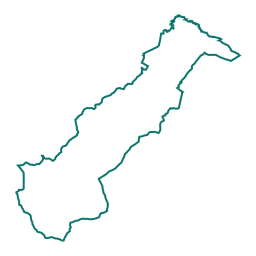 outline of Malini, Suceava, Romania
{"feature_id": "2599482B41732614853379", "entity_name": "Malini", "entity_type": "district", "adm_level": 2, "iso_a3": "ROU", "parent_name": "Romania", "parent_adm1": "Suceava", "projection": "natural_earth1", "projection_center": [26.022, 47.371], "detail": "fine", "context": "isolated", "style": "outline", "palette": "teal", "viewbox_px": 256, "rotation_deg": 0, "n_neighbors": 0, "source": "geoboundaries", "source_scale": "gbopen_adm2", "svg_char_len": 5682}
<svg xmlns="http://www.w3.org/2000/svg" viewBox="0 0 256 256"><path d="M107.2,210.8L107.0,209.2L107.6,207.5L107.8,205.8L107.8,203.4L105.6,198.3L105.0,195.1L103.5,193.0L103.1,190.2L102.6,188.6L102.4,186.0L98.7,178.9L100.2,177.9L105.6,174.6L109.6,171.1L111.8,170.4L115.1,168.6L120.0,163.7L121.4,162.6L122.4,160.2L124.6,155.6L124.6,154.5L125.1,153.8L126.6,152.6L127.9,151.0L129.7,149.3L130.3,147.7L131.5,146.4L134.5,144.7L138.6,141.7L138.9,139.3L139.0,138.6L139.3,138.1L139.2,137.8L139.3,136.8L142.7,136.2L144.2,135.5L147.0,135.0L148.1,134.2L148.4,133.4L148.9,132.8L150.1,132.1L154.2,131.8L158.6,133.0L160.0,130.9L160.1,130.5L160.4,128.3L160.1,125.6L160.4,123.3L160.8,122.6L161.6,121.8L163.9,120.6L163.6,119.3L162.4,116.6L163.6,115.9L165.3,115.4L165.3,114.4L165.7,113.8L167.2,113.5L167.6,113.0L168.5,110.4L170.0,108.8L170.2,108.3L170.4,108.2L172.1,108.6L173.3,108.2L174.0,108.2L175.7,108.7L177.6,108.6L178.8,108.1L182.2,92.8L182.1,92.5L182.8,92.0L180.6,90.6L177.3,88.0L178.7,87.3L178.9,86.7L178.4,86.1L178.6,85.1L178.8,84.9L181.3,82.7L180.3,82.2L180.6,81.5L181.7,80.8L182.3,79.6L183.4,78.9L184.2,78.1L184.9,77.0L185.4,76.6L186.3,74.8L188.1,72.3L189.3,71.3L190.1,70.1L190.9,69.8L191.5,69.3L191.9,68.6L192.0,67.8L191.8,66.8L191.9,66.3L192.6,65.1L194.7,63.5L195.8,61.7L200.8,55.5L202.6,54.8L204.0,53.5L204.5,52.7L206.5,54.1L208.6,54.9L215.9,54.9L219.9,57.1L226.1,59.4L229.0,60.1L230.8,61.0L239.7,55.5L238.8,54.8L238.2,53.8L236.6,53.4L235.0,52.2L234.0,52.0L231.4,50.8L230.7,49.8L230.7,48.9L227.9,45.3L226.3,44.8L224.7,43.8L222.6,42.9L220.1,40.7L218.9,40.5L221.1,39.1L219.4,38.3L213.3,36.7L212.8,37.2L210.9,36.4L210.2,36.6L209.0,36.4L208.4,35.9L208.3,35.4L207.0,33.7L206.7,32.7L205.5,32.8L204.1,32.2L203.2,32.2L202.0,31.1L201.9,31.3L201.2,31.5L201.1,31.1L201.5,30.9L200.9,30.3L200.8,29.5L199.8,29.0L199.7,28.4L199.4,28.2L199.7,27.8L198.4,26.6L199.0,26.2L199.1,25.5L198.7,24.7L198.3,24.4L197.2,24.1L197.2,24.4L196.9,24.5L196.0,24.2L195.7,24.4L195.4,24.1L195.7,23.9L195.7,23.4L194.8,23.0L193.7,23.0L193.7,23.3L193.3,23.3L192.8,22.8L192.9,22.6L192.5,21.5L192.2,21.4L192.3,21.2L192.0,21.0L191.7,21.1L191.5,21.4L191.1,21.3L190.8,21.6L190.5,20.9L190.1,20.7L189.1,21.6L188.2,21.5L185.9,19.9L186.5,19.3L184.8,19.3L185.2,18.9L184.7,17.8L183.9,17.0L183.1,17.3L182.6,16.9L181.6,17.0L180.5,16.3L179.7,16.3L179.8,15.7L179.3,15.4L179.0,15.7L178.1,15.4L177.3,16.0L177.6,16.6L176.3,16.9L175.8,16.8L175.2,17.3L175.1,17.8L175.3,18.1L174.8,18.9L174.3,19.3L174.1,19.9L173.4,20.1L173.0,20.6L173.2,20.8L174.1,21.5L173.9,21.7L173.4,21.3L171.8,20.8L171.3,21.2L172.4,22.1L172.4,23.3L172.1,23.4L171.6,22.9L171.1,23.6L171.2,23.8L170.5,23.9L170.4,24.4L171.8,24.1L173.1,25.2L172.0,25.9L171.9,26.4L172.6,27.2L173.5,27.5L173.4,28.5L172.0,27.8L171.4,27.8L171.1,28.4L169.5,30.7L169.1,30.8L168.5,30.6L167.9,30.8L167.5,31.3L167.6,31.7L167.0,31.9L166.5,31.6L166.3,31.3L166.3,30.4L166.0,30.1L165.3,29.9L164.6,30.1L163.7,30.7L163.4,32.3L163.1,33.0L163.4,33.5L162.2,33.7L161.3,33.5L161.0,34.1L160.5,37.6L159.6,42.3L159.0,44.4L159.0,45.0L158.9,45.5L158.4,46.1L156.9,47.2L153.5,48.7L152.9,49.2L150.5,50.2L143.6,53.6L144.1,54.2L144.1,54.7L143.8,55.0L143.9,55.4L143.5,55.6L143.9,55.8L144.0,57.5L143.3,59.7L142.8,60.5L141.8,62.7L147.9,66.1L146.0,69.7L144.8,69.5L144.3,69.6L143.9,69.5L143.4,69.3L142.3,68.1L141.7,68.0L142.2,70.7L142.1,71.4L141.7,72.1L142.3,73.0L142.2,73.3L141.0,73.9L139.6,75.4L137.4,76.8L135.8,79.1L133.2,81.5L132.5,82.4L132.5,83.5L132.3,83.8L131.6,84.1L129.6,83.8L127.8,83.8L127.1,84.7L126.1,85.2L125.1,86.5L124.6,87.3L123.8,89.1L120.9,88.6L120.1,88.1L119.5,88.0L118.7,88.2L118.4,88.5L116.9,88.6L116.3,89.2L115.8,90.5L114.2,92.0L113.9,92.6L112.0,93.5L110.9,94.8L110.3,95.2L104.9,97.0L102.7,98.4L102.3,99.1L101.9,101.4L101.6,102.2L101.1,102.9L99.7,103.9L99.2,104.5L98.7,104.6L97.9,104.2L97.0,104.7L96.1,104.5L95.9,104.6L95.1,105.6L95.6,107.3L95.5,107.9L94.2,109.0L93.8,109.1L91.8,108.0L90.1,108.2L87.3,108.0L85.5,108.6L83.6,110.1L83.3,111.2L82.5,112.2L82.2,113.9L81.4,114.5L79.8,115.3L78.5,116.6L78.0,116.6L77.7,116.9L77.4,117.9L75.3,119.8L76.3,125.2L76.9,126.9L76.9,129.3L78.3,132.2L78.2,132.5L77.3,133.8L77.2,134.2L77.3,134.9L76.6,135.5L76.3,135.9L73.9,137.4L73.3,137.6L70.2,140.0L69.5,140.3L67.7,142.8L66.3,145.3L65.6,145.7L62.7,146.6L61.6,148.1L61.3,149.0L61.0,149.9L61.3,151.9L61.0,152.4L59.5,153.2L58.7,154.4L56.3,156.4L55.2,158.5L55.2,158.9L54.7,159.6L53.0,160.8L52.6,160.8L50.6,159.2L49.1,158.6L48.5,158.5L47.3,158.7L44.7,158.5L44.2,158.1L43.6,156.6L43.0,155.8L42.1,155.8L43.2,158.1L43.0,159.3L42.1,161.1L41.3,161.6L40.8,162.6L39.0,164.2L37.8,163.9L36.4,164.3L34.1,165.2L33.6,165.1L32.3,164.7L29.9,164.6L27.9,163.2L26.0,162.4L24.3,163.8L23.8,164.5L22.8,164.9L21.5,165.2L18.0,165.5L21.6,169.8L23.5,172.5L23.7,174.1L23.7,188.7L21.7,190.1L21.0,189.9L19.0,189.8L19.0,190.6L17.9,191.5L16.3,192.3L16.4,193.0L17.5,194.6L18.0,198.1L19.0,200.8L19.2,201.9L19.1,203.4L19.4,205.0L20.3,205.1L21.3,205.8L21.8,207.4L23.7,210.5L23.8,211.6L25.2,212.2L25.6,212.6L27.7,213.1L29.4,214.3L30.6,215.6L31.2,219.6L31.5,220.4L31.6,221.1L32.4,222.5L32.4,224.2L33.1,225.1L33.7,226.5L34.9,228.9L36.4,229.9L37.2,231.4L37.7,231.9L40.5,232.5L41.7,233.0L42.6,234.0L43.8,234.7L44.5,235.9L44.9,237.2L45.3,237.8L47.4,238.2L48.2,237.8L49.4,237.7L51.2,237.2L52.0,237.2L55.2,238.4L56.7,238.5L60.1,239.4L61.6,240.4L63.6,240.6L64.8,237.4L65.3,236.8L67.3,233.1L69.8,231.2L69.6,230.1L69.9,228.6L70.6,227.7L70.8,227.2L70.1,225.4L70.0,224.3L70.5,222.9L70.5,222.6L72.0,222.4L75.7,220.8L76.9,220.6L78.3,220.6L79.7,219.5L80.9,219.1L82.7,218.7L83.5,218.7L84.9,218.9L87.5,218.9L90.2,219.3L92.9,219.1L95.6,218.5L98.4,217.5L99.1,217.1L99.4,216.8L100.0,214.3L100.9,213.8L101.4,212.8L103.6,212.9L107.2,210.8Z" fill="none" stroke="#0f766e" stroke-width="2"/></svg>